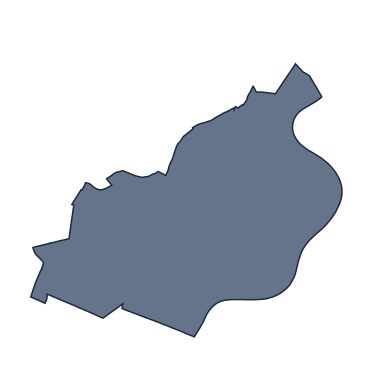 Houten, Utrecht, Netherlands (Albers equal-area conic projection), rotated 279°
{"feature_id": "6326949B44228368891089", "entity_name": "Houten", "entity_type": "district", "adm_level": 2, "iso_a3": "NLD", "parent_name": "Netherlands", "parent_adm1": "Utrecht", "projection": "albers", "projection_center": [5.179, 52.008], "detail": "fine", "context": "isolated", "style": "filled", "palette": "slate", "viewbox_px": 384, "rotation_deg": 279, "n_neighbors": 0, "source": "geoboundaries", "source_scale": "gbopen_adm2", "svg_char_len": 5690}
<svg xmlns="http://www.w3.org/2000/svg" viewBox="0 0 384 384"><g transform="rotate(279 192 192)"><path d="M306.2,305.3L309.2,303.0L310.3,302.0L312.2,300.6L312.3,300.5L312.5,300.3L312.6,300.2L313.0,299.8L314.6,298.7L316.1,297.4L318.0,295.6L318.6,295.3L320.8,293.5L322.5,292.0L322.4,291.9L322.5,291.8L324.3,290.7L324.6,290.4L325.3,289.6L325.5,289.2L325.7,288.8L325.8,288.2L326.8,286.1L327.3,284.6L327.6,283.6L327.9,283.0L328.1,282.7L328.6,282.0L330.7,279.5L332.0,277.4L332.5,277.1L333.4,275.9L334.3,274.4L334.7,274.2L327.9,271.0L315.5,265.2L302.1,259.1L302.0,255.5L301.8,250.7L301.7,249.2L301.8,249.0L301.6,245.7L301.6,245.0L301.3,242.9L301.0,241.4L300.6,240.0L305.1,236.7L305.7,236.3L305.9,236.1L306.0,235.9L306.0,235.7L305.7,235.6L300.4,234.0L298.3,233.2L297.6,233.0L296.4,232.5L295.0,232.0L292.8,231.7L292.5,231.8L292.4,231.9L292.3,232.0L289.8,230.9L285.7,228.9L286.1,228.0L284.6,226.7L284.5,226.4L282.1,224.3L283.1,221.7L280.0,220.7L281.5,220.3L280.6,218.8L278.5,216.2L278.0,215.5L277.9,215.6L276.6,213.8L276.2,213.4L276.4,213.1L276.2,212.7L274.6,210.5L272.0,207.2L270.8,205.6L270.2,204.8L269.0,203.5L268.3,202.6L266.9,201.1L265.9,199.9L265.5,199.3L264.9,198.2L264.0,196.4L262.3,193.1L262.2,192.8L261.9,192.1L261.3,190.7L260.6,189.3L259.6,187.5L259.0,186.7L257.8,185.1L255.6,182.5L254.7,183.2L251.1,180.0L250.3,179.3L248.0,177.2L245.8,175.1L245.5,174.9L244.9,174.5L244.4,174.3L241.4,173.1L240.7,172.8L240.3,172.6L239.8,172.3L239.4,172.0L238.6,171.3L237.8,170.8L236.8,170.3L234.3,169.5L232.1,169.1L231.0,168.9L227.7,168.4L223.0,167.7L220.8,167.3L219.7,166.8L217.7,166.2L215.6,165.8L214.2,165.4L212.8,165.2L212.0,165.1L210.4,165.1L209.6,165.0L206.6,164.0L205.0,163.6L204.1,163.4L204.6,162.3L205.4,160.2L206.3,157.4L207.0,155.4L205.6,153.9L204.9,153.2L204.6,152.7L203.8,151.0L203.1,149.8L202.9,149.6L202.7,149.2L201.6,148.0L201.1,147.3L200.9,147.0L200.5,146.1L199.8,144.5L199.9,144.2L199.7,143.7L199.6,143.4L199.0,141.4L198.8,140.8L198.7,140.3L198.7,139.8L198.7,139.2L198.8,137.6L198.8,137.1L198.9,136.1L199.0,134.7L199.2,133.8L199.3,133.2L199.7,131.3L200.2,128.6L200.3,128.5L200.4,128.1L201.5,123.4L202.1,120.6L202.1,120.1L202.1,119.9L201.7,119.1L201.5,118.7L200.9,117.3L199.6,114.3L199.3,113.8L198.6,112.8L197.8,111.9L196.2,110.3L195.2,109.3L193.5,107.5L191.8,105.6L190.4,106.8L189.1,108.3L187.8,109.8L186.3,111.7L186.1,111.5L184.5,109.6L183.7,108.6L183.0,107.7L182.4,106.7L181.4,105.0L181.1,104.5L180.7,103.9L180.4,103.0L180.1,102.2L179.9,101.6L179.9,101.2L179.7,100.4L179.7,99.7L180.0,98.3L180.1,97.5L180.3,97.1L180.5,96.4L180.7,95.9L181.1,94.9L181.8,93.6L182.3,92.7L183.4,91.1L183.8,90.3L184.0,89.8L184.2,89.1L184.4,88.2L184.5,86.6L184.5,85.4L183.6,85.2L181.9,84.9L180.6,84.5L179.5,84.1L177.1,83.0L176.3,82.6L176.7,82.0L165.8,77.3L163.7,76.5L160.8,75.3L160.7,76.5L160.6,77.3L154.0,77.4L144.3,77.5L142.7,77.6L139.7,77.6L139.3,77.6L135.5,77.7L133.1,77.7L126.7,77.8L125.8,75.8L122.2,66.9L121.6,65.6L119.5,60.6L119.5,60.0L119.5,59.6L119.4,59.4L119.1,59.1L118.7,58.8L118.1,57.3L113.6,46.5L113.3,45.6L112.5,44.0L112.2,43.5L108.6,45.4L107.9,46.0L106.4,47.1L105.5,48.1L100.6,54.7L99.9,55.6L98.9,56.2L98.7,56.3L98.4,56.3L97.5,56.4L97.4,56.4L95.2,56.0L95.1,55.8L94.6,55.8L93.6,55.6L92.9,55.6L92.5,55.9L92.3,55.5L92.1,55.4L91.8,55.6L91.3,55.2L90.2,54.7L89.6,54.5L89.1,54.4L86.6,53.8L76.9,51.4L74.2,51.0L72.3,50.6L68.5,50.0L64.5,49.4L63.1,49.1L63.0,49.6L62.8,50.2L62.2,52.5L61.4,55.7L61.0,57.3L60.6,58.6L59.3,63.7L59.1,64.3L60.8,64.5L61.2,64.5L61.3,64.6L61.5,64.8L61.7,65.1L61.8,65.2L62.1,65.2L62.8,65.2L63.8,65.3L64.5,65.3L64.9,65.3L65.7,65.3L66.6,65.1L67.1,65.0L67.5,64.8L68.4,64.5L68.1,66.4L65.6,76.3L64.4,81.1L63.0,86.9L60.9,95.4L60.5,96.9L59.7,99.7L59.5,100.3L59.6,100.5L59.4,101.3L58.7,103.7L58.6,104.3L58.2,105.6L58.1,106.4L57.2,109.8L56.6,112.1L56.0,114.3L55.8,115.0L55.1,117.6L54.4,120.1L53.5,123.8L57.3,127.7L59.4,129.8L70.8,141.2L68.2,141.1L65.9,141.1L65.9,141.7L65.8,142.1L65.7,142.4L65.4,143.2L65.3,143.9L65.0,145.2L64.8,146.5L64.6,147.2L64.4,147.9L64.3,148.6L63.7,151.8L63.1,154.4L62.8,156.0L62.2,158.6L61.7,161.2L61.3,163.2L60.8,165.7L60.7,165.6L60.4,167.6L60.3,168.2L59.6,171.5L58.4,177.2L56.1,187.7L55.1,192.2L54.6,194.0L54.4,195.1L54.4,195.4L53.3,200.1L52.1,205.4L52.0,205.5L51.9,206.0L51.7,206.5L51.6,206.8L49.3,216.9L49.9,217.2L58.5,220.8L61.0,221.7L65.6,223.5L67.3,224.0L70.9,224.9L73.5,225.7L76.2,226.8L78.9,228.3L81.6,229.9L82.2,230.3L85.6,233.5L87.1,235.2L88.0,236.6L89.3,239.0L89.8,240.4L90.7,243.1L91.2,245.0L91.7,246.8L92.1,248.6L92.6,252.3L93.8,259.6L94.3,263.9L94.5,265.0L95.2,269.6L95.9,272.9L96.9,277.4L97.5,280.1L98.1,281.7L98.7,283.3L99.2,284.3L100.0,286.2L100.6,287.4L102.2,290.2L104.2,293.2L105.9,295.2L107.9,297.2L109.9,299.0L112.0,300.8L114.2,302.3L116.0,303.4L122.5,305.7L124.4,306.3L127.0,306.8L129.8,307.1L132.6,307.3L135.3,307.5L142.6,308.2L143.3,308.4L144.0,308.5L149.2,309.4L151.8,310.2L154.4,311.1L156.8,312.2L159.3,313.5L161.6,314.9L162.9,315.8L163.6,316.3L168.7,320.1L170.5,321.6L174.6,325.1L176.6,326.7L178.9,328.3L181.1,329.9L183.4,331.3L185.8,332.7L188.0,333.9L190.4,335.1L193.1,336.3L196.0,337.4L198.3,338.1L200.9,338.9L203.6,339.6L206.2,340.1L209.0,340.4L211.7,340.5L214.4,340.3L217.1,339.9L219.8,339.2L222.3,338.3L225.7,336.7L227.2,335.8L229.5,334.3L231.6,332.6L233.7,330.9L235.6,328.9L237.5,326.9L239.2,324.8L240.9,322.6L242.9,319.4L245.5,314.9L246.2,313.4L248.6,307.7L251.5,300.3L252.6,298.0L253.9,295.5L255.1,293.2L256.6,291.0L258.4,288.8L260.4,286.9L262.5,285.2L264.7,283.6L267.1,282.4L269.7,281.5L272.3,281.1L275.2,280.9L277.8,281.1L280.6,281.7L283.1,282.6L285.5,283.8L287.9,285.3L289.8,287.1L291.8,289.3L295.3,293.5L296.8,295.3L300.4,299.7L302.3,301.7L304.2,303.6L306.2,305.3Z" fill="#64748b" stroke="#1e293b" stroke-width="1.5"/></g></svg>